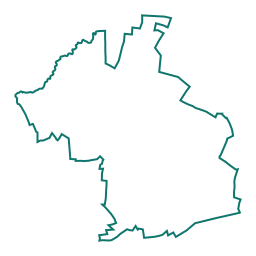 the district of John Taolo Gaetsewe, Northern Cape, South Africa
{"feature_id": "47623444B84629172160693", "entity_name": "John Taolo Gaetsewe", "entity_type": "district", "adm_level": 2, "iso_a3": "ZAF", "parent_name": "South Africa", "parent_adm1": "Northern Cape", "projection": "robinson", "projection_center": [22.441, -26.985], "detail": "fine", "context": "isolated", "style": "outline", "palette": "teal", "viewbox_px": 256, "rotation_deg": 0, "n_neighbors": 0, "source": "geoboundaries", "source_scale": "gbopen_adm2", "svg_char_len": 5037}
<svg xmlns="http://www.w3.org/2000/svg" viewBox="0 0 256 256"><path d="M98.3,31.0L97.9,31.3L96.9,31.3L96.5,31.5L96.1,31.7L96.0,31.8L95.9,32.0L95.7,32.5L95.7,32.9L95.8,33.5L95.7,34.1L95.2,34.5L94.7,34.2L94.2,33.6L94.0,33.3L93.7,33.2L93.4,33.1L93.1,33.3L92.9,33.9L92.9,34.0L93.0,34.3L93.1,34.7L93.2,35.0L93.2,36.2L93.2,36.6L93.1,36.8L93.2,38.0L93.1,38.3L93.0,38.9L92.7,39.5L92.3,39.9L91.7,40.5L91.4,41.2L91.3,41.8L91.2,42.2L91.1,42.3L90.6,42.7L90.3,42.8L89.8,42.8L89.3,42.9L88.8,42.9L88.3,42.8L88.0,42.7L87.6,42.3L87.4,42.0L87.2,41.8L86.7,41.6L86.2,41.4L85.5,41.2L85.1,41.0L84.3,40.5L83.8,40.1L83.5,40.0L83.1,39.8L82.8,39.9L82.7,40.0L82.4,40.3L82.3,40.5L82.1,41.1L81.8,42.3L81.2,43.0L80.1,43.1L79.7,43.0L79.2,42.9L78.4,42.5L78.1,42.5L77.9,42.6L77.7,42.9L77.5,44.0L77.4,44.1L77.2,44.3L76.9,44.5L76.2,44.8L76.0,45.0L75.8,45.2L75.8,45.4L75.8,45.7L75.9,46.0L76.4,46.8L76.5,47.1L76.5,47.5L76.4,47.8L76.2,48.0L75.6,48.6L75.2,48.8L74.8,49.2L74.6,49.4L74.0,49.5L73.1,49.3L72.9,49.3L72.7,49.3L72.4,49.5L72.3,50.0L72.7,51.3L72.8,52.7L72.8,53.2L72.6,53.5L72.4,53.9L72.0,54.2L71.7,54.2L71.3,54.1L70.5,53.6L70.1,53.4L69.7,53.4L68.8,53.6L68.4,53.8L68.1,54.3L67.7,55.5L67.4,55.8L67.0,56.0L66.8,56.1L66.5,56.0L65.5,55.7L65.3,55.6L64.9,55.6L64.1,55.8L63.7,55.9L63.4,56.1L62.4,56.3L61.5,56.4L61.3,56.4L60.8,56.7L60.4,57.2L60.3,57.6L60.3,58.1L60.4,58.5L60.5,58.8L60.4,59.0L60.2,59.3L59.7,59.5L59.3,59.7L59.1,59.8L58.7,60.2L58.3,60.5L58.1,60.7L56.6,61.3L56.2,61.6L56.1,61.8L55.8,62.3L55.8,62.6L55.9,62.8L56.4,63.6L56.6,63.8L56.8,64.4L56.8,64.6L56.7,65.1L56.5,65.5L56.4,65.7L55.6,66.1L55.1,66.3L55.0,66.7L54.9,67.2L54.9,67.8L55.2,68.4L55.3,68.8L55.3,69.1L55.3,69.3L55.2,69.7L55.0,70.1L54.9,70.2L54.8,70.4L53.9,70.7L53.6,71.0L52.9,71.7L52.7,72.2L52.8,72.6L52.9,72.8L53.4,73.4L53.4,73.5L53.4,73.8L53.4,74.0L53.2,74.5L52.8,74.9L52.3,75.0L51.9,75.3L51.2,75.6L50.6,76.0L50.3,76.5L50.2,77.1L50.4,78.1L50.3,78.4L50.3,78.5L50.0,78.8L49.6,78.8L49.4,78.8L49.0,78.7L48.8,78.7L48.5,78.7L48.3,78.7L47.9,79.0L47.5,79.5L47.4,80.0L47.3,80.9L47.2,81.0L47.0,81.5L46.8,81.6L46.6,81.7L46.2,81.8L45.8,81.9L45.7,81.9L45.4,82.1L45.1,82.4L45.0,82.6L44.9,82.8L44.8,83.3L44.5,84.5L44.3,85.3L44.2,85.7L43.7,86.7L42.5,88.4L42.5,88.5L42.2,88.7L41.9,88.7L41.1,88.6L40.5,88.6L39.7,88.7L39.5,88.8L39.2,88.9L38.9,89.0L38.6,89.2L38.2,89.6L38.0,89.8L37.7,90.0L37.3,90.1L36.8,90.3L36.2,90.4L35.5,90.7L34.7,91.4L33.3,92.3L33.0,92.5L32.6,92.6L32.1,92.6L31.8,92.5L31.4,92.2L31.1,92.2L30.7,92.0L30.1,92.1L29.6,92.2L28.3,92.6L28.2,92.6L27.8,92.5L27.3,92.5L27.1,92.5L26.8,92.6L26.3,92.7L25.7,92.6L24.9,92.5L23.8,92.2L23.5,92.1L22.7,91.9L22.3,92.0L22.1,91.9L22.1,92.0L21.7,91.7L21.2,91.5L20.8,91.5L20.6,91.5L20.0,91.9L19.1,92.7L17.9,92.9L17.7,93.0L17.1,93.3L15.6,94.8L15.4,95.4L15.4,95.5L15.5,96.5L16.8,97.8L17.1,98.5L17.0,100.3L16.9,101.2L16.9,101.6L17.1,102.4L17.4,103.1L17.6,103.8L17.8,103.9L19.3,104.3L21.3,107.0L25.3,114.0L28.7,122.1L29.6,125.0L32.9,123.9L36.2,131.7L37.5,132.4L37.5,142.0L40.4,140.5L43.2,140.5L49.5,137.9L51.2,134.5L51.3,134.4L52.0,133.1L55.5,137.5L56.5,139.4L57.7,140.3L59.5,138.0L61.7,134.1L68.7,138.4L70.1,155.9L70.3,159.0L75.7,159.3L75.6,160.9L82.5,160.9L83.4,161.1L84.4,161.0L89.2,160.7L89.8,160.4L97.1,159.2L100.1,156.3L103.4,159.7L102.4,161.4L102.1,163.7L100.2,164.9L99.5,168.9L103.0,168.7L102.0,173.4L101.8,180.3L106.6,180.9L106.5,185.5L106.1,191.3L105.8,198.4L104.8,204.4L102.3,204.6L104.8,206.8L111.1,213.9L114.4,218.7L116.1,223.0L112.2,224.5L108.5,225.2L113.2,229.6L106.1,230.1L107.3,234.1L99.2,235.2L99.9,238.5L99.4,240.6L102.2,240.2L109.3,240.5L111.7,240.1L112.6,239.5L113.8,238.8L116.9,237.0L120.4,233.8L123.7,231.6L127.0,229.3L129.9,230.2L132.6,230.5L134.1,228.2L135.6,226.0L137.7,229.6L138.7,228.6L142.8,229.4L142.9,229.8L144.1,237.8L154.5,236.8L158.9,235.9L162.5,234.8L166.9,230.9L168.1,235.4L173.3,232.5L175.9,236.9L178.7,235.2L186.6,230.4L195.1,223.2L217.6,217.7L225.0,216.1L228.8,215.2L232.9,214.3L239.8,212.7L239.7,212.7L239.9,212.6L238.2,208.8L238.5,207.6L238.8,205.6L239.3,203.1L239.3,202.8L239.4,202.6L240.6,199.5L234.1,197.3L234.0,192.4L234.3,189.5L234.6,186.7L234.3,181.6L234.9,177.9L237.7,169.3L236.3,169.6L235.5,169.3L230.8,166.0L226.7,162.8L224.9,161.3L224.6,161.4L223.8,160.7L219.5,158.0L219.7,156.1L220.8,154.9L221.3,153.7L222.8,150.2L223.5,148.6L225.0,145.1L226.6,141.2L226.9,140.5L227.2,138.6L229.6,137.5L233.1,135.7L233.0,135.1L232.0,129.6L229.6,123.3L226.7,117.8L226.0,118.2L221.5,113.8L221.6,113.7L217.1,113.6L215.5,117.3L210.7,114.4L207.6,112.5L206.6,111.8L203.2,110.5L199.4,109.2L195.7,108.0L192.7,106.1L188.2,104.4L183.6,102.2L180.4,100.4L181.2,99.1L186.2,91.3L189.7,86.7L181.1,79.6L178.1,77.0L159.2,71.9L160.8,55.5L155.0,47.8L159.1,40.3L163.6,33.3L157.9,30.2L154.4,30.4L156.0,23.3L163.2,25.3L167.7,27.4L171.0,18.1L164.5,16.6L142.1,15.4L142.2,17.3L142.2,22.3L139.9,28.5L132.4,27.5L131.9,34.5L124.7,33.8L124.0,41.4L122.2,46.8L119.1,59.6L118.4,61.5L114.7,68.3L109.1,65.1L105.6,63.5L105.6,57.5L105.3,50.8L105.3,43.2L105.1,37.6L105.1,33.7L105.1,33.0L105.1,30.8L98.3,31.1L98.1,31.2L98.3,31.0Z" fill="none" stroke="#0f766e" stroke-width="2"/></svg>